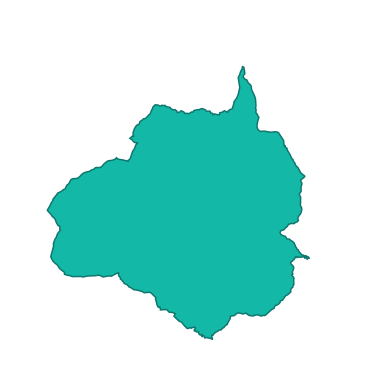 outline of Naruja, Vrancea, Romania, rotated 18°
{"feature_id": "2599482B65121117862407", "entity_name": "Naruja", "entity_type": "district", "adm_level": 2, "iso_a3": "ROU", "parent_name": "Romania", "parent_adm1": "Vrancea", "projection": "mercator", "projection_center": [26.773, 45.824], "detail": "fine", "context": "isolated", "style": "filled", "palette": "teal", "viewbox_px": 384, "rotation_deg": 18, "n_neighbors": 0, "source": "geoboundaries", "source_scale": "gbopen_adm2", "svg_char_len": 6064}
<svg xmlns="http://www.w3.org/2000/svg" viewBox="0 0 384 384"><g transform="rotate(18 192 192)"><path d="M257.4,325.8L256.8,325.5L256.0,324.0L255.3,323.3L255.1,322.2L256.2,321.8L256.6,320.0L258.1,317.8L259.8,316.1L260.5,315.1L261.2,314.4L262.4,314.1L263.0,312.1L264.1,311.3L265.0,308.8L266.6,306.8L266.2,305.3L266.7,304.4L267.4,300.7L267.3,299.7L266.9,298.7L267.1,298.1L270.3,296.6L272.5,293.2L273.0,292.8L277.1,292.2L277.7,292.4L278.8,291.9L279.8,291.0L281.4,290.6L282.4,291.2L283.6,291.6L284.8,291.7L287.2,291.2L287.7,291.3L288.5,291.0L290.1,289.6L292.2,288.6L296.1,288.6L296.6,287.9L299.5,286.9L300.0,286.3L304.3,278.9L306.0,277.3L306.0,275.4L306.3,274.2L307.9,273.2L308.9,271.8L309.6,270.6L309.9,269.6L309.6,268.3L311.5,267.0L312.6,263.2L313.4,261.3L314.6,260.4L316.7,256.8L316.7,256.0L316.3,255.1L316.1,253.3L316.3,252.7L317.0,252.0L317.2,251.4L317.1,250.0L317.4,248.8L317.4,248.1L315.9,244.5L315.8,243.1L315.4,242.2L314.6,241.4L313.6,241.0L312.5,240.2L312.6,239.8L313.3,239.0L312.2,237.2L312.2,235.1L312.4,233.6L311.9,232.0L311.5,231.5L308.3,229.7L307.7,229.0L307.6,228.4L308.9,226.6L309.2,225.6L310.1,224.2L310.6,221.7L310.9,221.3L311.5,221.3L312.1,221.9L314.0,220.7L316.1,220.4L316.8,219.6L318.5,219.1L319.6,220.0L319.9,219.8L319.9,218.8L320.3,218.5L320.8,218.6L321.2,219.7L322.3,220.2L323.0,219.3L323.8,218.9L323.4,218.2L322.9,217.8L321.5,217.9L320.3,217.4L318.7,217.9L316.9,217.6L315.4,218.0L314.5,216.8L312.2,215.8L310.9,214.2L309.1,213.8L308.5,212.7L307.3,212.0L306.8,210.9L305.5,209.8L305.0,208.9L302.4,207.8L300.8,207.5L299.2,206.7L297.4,207.3L296.8,207.2L294.5,205.3L293.6,205.5L290.4,205.2L289.7,204.9L288.3,203.5L288.2,203.1L288.6,201.2L290.7,199.8L291.4,199.0L292.0,196.9L292.8,196.2L293.2,195.4L293.9,192.7L294.5,192.5L295.9,191.3L297.7,190.9L299.0,190.3L299.8,189.0L301.5,187.6L302.0,186.2L301.0,184.8L300.6,183.7L301.3,180.9L301.9,179.5L302.1,177.9L302.0,176.1L301.6,174.1L301.1,173.1L298.9,170.8L298.7,169.7L298.7,168.8L297.9,166.7L297.0,163.4L295.4,161.9L294.7,160.6L294.8,159.6L295.4,158.6L295.5,157.1L294.5,154.8L294.1,153.1L294.1,150.4L293.2,148.9L292.5,148.8L291.8,147.6L292.1,146.4L294.1,143.4L294.4,142.1L289.6,140.2L284.9,135.8L284.1,135.8L283.8,135.3L282.1,134.5L281.0,132.8L279.2,131.5L277.8,129.8L276.4,129.3L273.9,126.3L270.0,123.0L268.7,121.0L267.0,120.7L266.5,119.3L266.2,119.2L265.8,119.6L265.3,119.4L263.1,114.6L256.0,108.9L254.5,108.6L252.6,109.0L248.1,110.9L241.8,111.8L238.0,113.3L236.3,112.7L235.1,111.9L233.4,109.4L232.7,105.0L232.5,100.3L230.8,99.0L230.1,97.9L228.8,97.3L228.0,96.2L227.6,94.0L226.5,92.7L226.4,91.3L225.8,89.3L223.9,84.5L223.5,83.7L221.9,81.4L217.1,76.3L215.8,73.6L215.1,72.6L214.3,71.8L212.2,71.2L209.4,68.4L208.6,68.6L207.6,68.3L205.2,67.0L205.0,65.1L205.7,63.2L204.0,59.6L203.4,58.9L203.1,57.8L202.4,57.2L201.3,57.2L201.4,58.9L201.8,59.7L201.3,60.6L201.0,62.6L201.1,66.2L200.7,67.4L200.7,68.3L200.8,69.2L201.6,71.0L203.8,75.2L205.3,78.3L205.2,79.5L205.5,81.3L205.8,84.7L205.5,88.5L204.1,93.3L204.5,96.0L204.5,100.5L202.5,101.9L202.1,102.9L201.3,103.8L201.2,105.2L197.8,104.7L197.3,105.1L196.4,106.5L193.9,108.1L193.8,108.6L194.3,109.6L194.3,110.1L192.0,110.6L189.3,110.8L188.8,111.7L188.3,112.0L187.3,110.9L185.4,111.0L184.8,110.1L184.0,109.6L181.0,110.7L180.3,110.5L179.5,109.7L175.9,109.5L174.2,110.6L173.4,111.5L172.5,111.7L169.2,113.5L168.5,114.4L168.3,115.6L166.8,116.1L164.9,118.4L161.5,119.1L161.1,119.6L160.8,119.6L159.4,118.4L156.8,118.1L156.4,118.3L155.9,119.4L154.0,120.9L153.4,120.9L152.4,119.5L151.2,119.3L150.4,118.9L149.0,119.7L148.2,119.7L145.8,119.1L145.1,118.3L141.4,118.8L139.7,118.0L139.2,118.1L138.7,118.5L136.9,118.7L136.4,119.0L136.3,119.4L134.9,120.2L133.2,119.8L130.3,120.3L129.8,120.7L129.5,121.7L128.7,122.7L128.6,125.2L128.3,126.7L128.1,130.3L126.8,132.7L125.7,135.3L124.6,136.8L123.1,137.5L122.3,139.2L120.9,140.8L120.7,141.7L120.8,143.9L118.8,145.6L118.6,146.0L117.7,149.4L117.6,153.3L118.0,155.1L119.4,156.9L119.2,157.2L118.1,157.2L117.9,157.4L117.5,158.3L116.3,160.1L119.1,161.0L121.0,162.3L122.1,162.6L123.0,162.6L124.9,162.0L125.0,162.6L124.0,164.7L124.0,166.0L123.8,167.5L123.9,168.6L123.2,170.8L122.9,172.5L123.0,173.5L122.9,179.0L122.7,180.1L121.5,181.7L121.6,182.5L115.9,182.9L112.4,183.5L111.3,183.5L109.5,182.8L108.8,184.3L108.1,185.1L106.3,186.5L103.3,187.9L101.8,189.0L99.5,192.7L98.5,195.3L97.3,196.8L96.1,197.5L94.7,198.0L94.0,198.0L92.7,198.7L91.4,200.8L89.1,202.6L88.3,203.9L85.7,205.4L83.3,207.2L81.7,209.3L80.5,212.0L79.1,214.0L77.4,215.1L74.4,216.3L73.6,217.0L72.9,218.0L72.6,220.8L71.9,222.9L70.9,224.2L70.4,228.1L70.0,228.7L68.8,229.6L67.7,231.6L64.5,234.7L64.1,236.8L63.3,238.1L63.1,239.7L62.4,240.5L62.0,241.8L62.2,242.7L62.1,244.3L61.5,245.5L61.0,249.7L60.2,252.9L60.2,254.3L65.6,257.4L66.3,258.2L69.2,259.5L70.5,260.4L71.7,262.1L74.8,265.2L77.1,265.6L77.7,268.2L78.6,268.6L77.0,273.2L76.9,277.2L76.3,278.9L76.1,283.6L77.1,286.5L77.6,296.6L78.0,297.7L81.1,300.7L83.1,301.8L86.6,303.1L89.2,305.3L90.9,306.2L95.6,307.9L96.2,309.7L99.2,309.7L101.5,309.3L104.5,309.4L112.0,306.8L114.8,306.4L118.8,304.1L124.9,301.9L129.2,299.9L131.0,299.8L133.1,300.3L134.1,300.1L138.7,297.5L141.3,297.0L144.9,293.3L146.9,291.5L147.4,291.9L147.6,293.1L148.4,294.6L150.3,295.5L150.8,296.9L152.1,297.3L153.6,298.3L154.4,298.6L155.7,299.9L159.2,300.3L161.3,301.7L164.1,302.0L166.6,302.9L170.2,302.3L173.3,302.1L175.9,302.1L177.6,302.6L182.3,300.6L184.5,300.6L185.9,301.5L190.2,303.5L190.2,304.7L193.7,310.2L194.9,311.6L196.3,312.0L196.9,311.4L197.7,312.2L198.4,313.9L203.6,311.8L204.8,311.9L207.3,313.3L211.1,312.6L213.7,312.9L213.2,315.7L219.8,318.9L222.0,318.9L226.4,321.7L229.7,323.3L231.1,322.6L232.2,321.4L233.4,321.8L234.5,320.7L236.0,319.7L237.3,320.0L237.6,321.2L237.2,321.6L236.8,321.6L236.7,322.1L237.2,323.4L237.5,323.5L238.3,322.9L239.2,323.5L239.9,323.7L241.0,322.8L241.6,323.2L242.1,324.5L242.4,324.8L243.7,325.4L244.7,325.3L245.1,324.4L245.5,324.4L245.6,325.8L246.1,326.3L246.6,326.3L247.0,325.4L247.5,325.0L248.2,325.4L249.1,326.8L249.5,326.8L250.7,325.9L252.5,325.9L253.6,325.5L257.4,325.8Z" fill="#14b8a6" stroke="#0f766e" stroke-width="1.5"/></g></svg>